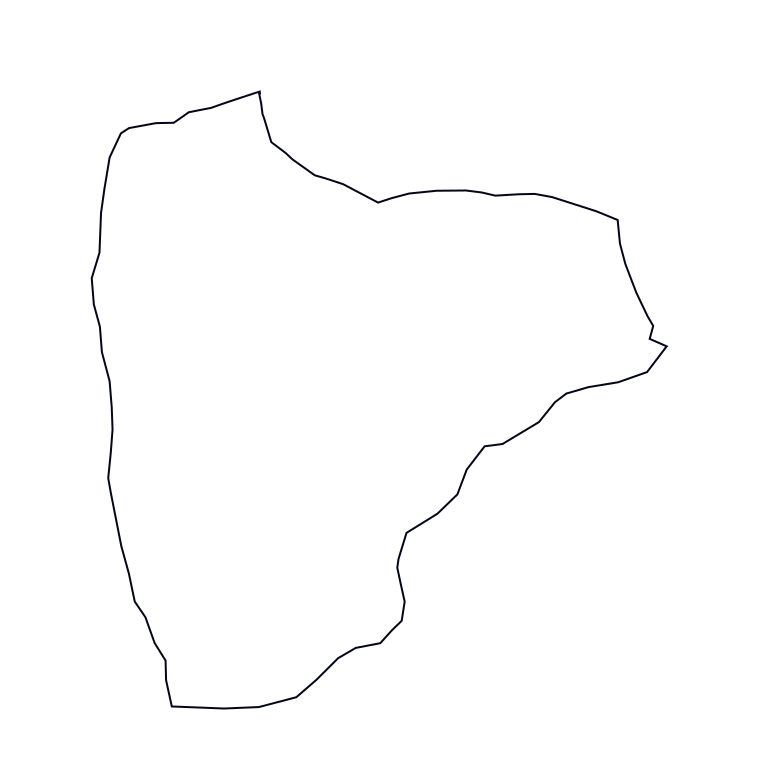 outline of Etrek, Balkan, Turkmenistan, rotated 353°
{"feature_id": "10190150B33098588070062", "entity_name": "Etrek", "entity_type": "district", "adm_level": 2, "iso_a3": "TKM", "parent_name": "Turkmenistan", "parent_adm1": "Balkan", "projection": "orthographic", "projection_center": [54.674, 38.185], "detail": "fine", "context": "isolated", "style": "outline", "palette": "ink", "viewbox_px": 768, "rotation_deg": 353, "n_neighbors": 0, "source": "geoboundaries", "source_scale": "gbopen_adm2", "svg_char_len": 1370}
<svg xmlns="http://www.w3.org/2000/svg" viewBox="0 0 768 768"><g transform="rotate(353 384 384)"><path d="M139.3,125.7L130.3,156.2L124.0,179.7L117.6,219.0L106.8,243.4L105.7,269.7L109.0,292.5L107.9,318.0L112.0,347.9L110.9,374.3L109.0,396.3L104.4,419.1L98.8,443.8L99.6,458.8L101.9,490.7L103.5,512.8L107.7,541.2L110.1,569.6L118.8,586.5L124.8,613.2L133.5,631.9L131.6,651.5L134.1,678.2L185.7,686.6L220.4,689.4L258.8,684.2L281.1,669.2L305.1,650.5L323.8,642.5L348.7,640.8L362.1,629.2L372.7,621.2L378.0,602.5L376.2,583.9L374.8,568.0L377.1,559.4L388.2,534.5L421.3,519.2L443.4,502.5L455.7,479.0L476.3,458.1L494.3,458.0L533.1,440.7L551.5,422.9L563.8,415.7L586.7,412.0L616.6,410.8L644.8,404.6L646.5,404.3L662.2,388.2L668.6,381.6L669.2,381.1L653.2,371.6L658.3,359.2L653.8,348.7L647.8,330.8L645.6,324.2L638.2,294.4L635.3,273.4L635.9,249.7L616.3,238.7L615.9,238.5L573.7,219.0L556.8,213.7L540.9,212.1L517.4,210.6L504.3,205.8L488.8,201.9L459.7,198.6L432.2,198.0L414.1,200.5L400.2,203.2L367.8,180.7L351.0,172.8L340.7,168.4L320.6,150.0L314.4,142.6L301.6,130.2L297.4,105.8L296.3,101.2L296.3,90.8L295.5,80.7L296.3,80.6L296.3,78.6L291.9,79.4L275.7,82.6L265.8,84.6L257.7,86.3L245.8,88.9L235.3,89.6L223.2,90.5L222.4,91.0L215.7,94.6L207.1,99.1L192.7,97.6L189.2,97.3L170.7,98.4L162.2,98.9L158.6,100.6L153.4,103.2L150.2,108.3L139.3,125.7Z" fill="none" stroke="#020617" stroke-width="2"/></g></svg>